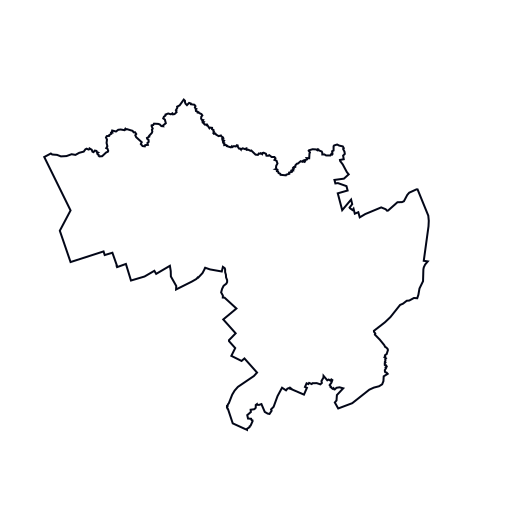 the district of De Wolden, Drenthe, Netherlands, rotated 159°
{"feature_id": "6326949B49446326038856", "entity_name": "De Wolden", "entity_type": "district", "adm_level": 2, "iso_a3": "NLD", "parent_name": "Netherlands", "parent_adm1": "Drenthe", "projection": "orthographic", "projection_center": [6.374, 52.706], "detail": "fine", "context": "isolated", "style": "outline", "palette": "ink", "viewbox_px": 512, "rotation_deg": 159, "n_neighbors": 0, "source": "geoboundaries", "source_scale": "gbopen_adm2", "svg_char_len": 6140}
<svg xmlns="http://www.w3.org/2000/svg" viewBox="0 0 512 512"><g transform="rotate(159 256 256)"><path d="M337.7,108.1L326.7,96.9L326.3,97.9L323.4,98.5L323.1,99.2L321.8,99.6L318.4,103.0L318.2,103.8L318.9,104.3L318.9,105.8L321.7,107.1L321.2,110.6L316.7,112.2L316.1,114.4L312.7,113.6L311.3,114.0L310.6,114.5L309.6,117.0L308.2,117.4L308.3,116.7L306.5,115.9L304.0,115.8L303.7,107.3L301.6,104.7L300.0,103.7L296.9,105.9L296.9,107.4L293.6,108.9L286.1,117.5L278.9,123.7L276.1,119.8L274.2,120.9L272.7,120.9L272.1,120.2L271.4,120.8L270.5,119.3L270.8,119.1L260.9,109.4L255.7,114.7L257.2,116.2L254.4,119.0L253.1,117.7L251.9,118.5L249.9,116.5L248.8,117.0L244.8,115.5L241.9,113.1L240.0,113.9L239.7,115.8L236.6,118.3L235.9,119.9L234.0,114.4L232.4,114.6L231.2,113.0L229.9,113.8L229.2,112.8L231.1,110.6L233.5,109.1L232.9,107.1L233.3,106.9L232.1,104.6L231.0,104.9L230.9,103.6L230.4,103.2L228.1,104.1L225.1,103.5L222.0,101.2L230.3,97.2L232.6,92.3L234.9,91.0L233.9,84.2L218.9,84.1L198.1,90.6L193.1,90.9L187.8,90.3L184.2,91.0L181.9,93.5L179.9,97.9L175.3,98.8L175.9,100.4L177.0,101.2L177.0,102.1L176.6,103.3L174.7,104.8L174.9,105.6L173.6,105.9L173.7,107.3L174.8,108.1L174.4,109.4L173.3,110.2L173.7,110.9L172.7,111.9L172.4,113.2L171.3,113.9L172.3,115.4L171.4,115.9L171.5,116.5L170.8,117.3L169.2,117.6L166.6,120.8L166.4,121.9L167.1,123.8L168.0,124.8L168.2,126.8L170.4,133.5L173.2,140.0L172.4,140.9L173.0,143.0L172.7,143.9L159.4,147.9L152.4,150.8L139.0,158.7L135.9,158.8L131.3,160.2L128.9,159.5L123.6,160.2L120.6,158.8L118.3,161.6L115.0,167.1L109.1,172.6L104.5,183.6L103.4,185.3L101.2,187.4L97.6,189.4L101.1,191.4L84.3,221.9L82.1,226.9L80.7,231.9L81.3,260.3L82.3,260.7L90.3,260.2L92.9,258.8L98.3,254.1L100.4,254.0L104.7,255.5L116.4,251.1L117.4,251.3L118.2,253.2L121.7,256.5L139.0,256.0L145.3,254.9L144.8,260.2L148.6,260.1L148.0,265.2L149.4,264.3L151.2,267.0L151.3,267.7L147.6,269.9L147.0,274.6L159.1,267.9L157.2,285.2L147.0,284.3L146.5,288.8L153.4,294.7L155.9,295.3L155.5,298.9L146.2,296.7L140.2,299.0L141.1,301.7L142.2,310.4L143.4,314.6L143.2,315.6L139.4,314.9L138.7,318.5L136.5,319.5L136.0,321.7L136.3,324.7L135.4,325.2L135.7,327.2L138.8,329.3L140.3,331.0L143.4,331.2L144.2,330.7L145.8,326.7L147.4,326.5L148.0,323.8L148.7,323.4L149.2,324.2L150.6,323.2L154.6,324.8L155.7,326.3L157.7,327.0L157.1,328.8L157.2,330.0L159.6,332.2L159.5,333.0L159.9,333.5L160.9,332.8L161.6,333.9L164.9,335.4L168.7,335.7L169.1,335.4L168.5,333.4L169.4,332.4L171.3,328.2L173.5,329.2L173.3,328.3L173.6,327.9L176.4,328.1L176.0,327.1L176.9,326.4L178.3,327.8L178.8,327.3L180.3,328.5L183.7,327.3L184.8,327.5L186.8,326.5L187.4,325.1L188.8,325.5L189.7,325.1L189.4,323.9L190.5,323.8L190.6,322.6L191.5,322.9L191.4,322.4L191.8,322.1L192.6,322.5L192.7,321.7L195.2,322.0L195.5,320.8L198.5,321.1L199.2,320.6L204.0,323.0L203.9,324.1L205.2,325.3L205.1,326.9L206.0,327.6L205.1,328.8L206.6,330.0L205.7,330.0L205.6,331.5L204.7,333.1L202.8,334.7L202.7,337.6L204.3,339.1L202.8,340.3L203.3,341.8L205.9,342.8L207.5,345.4L208.7,345.2L210.3,345.9L210.1,347.9L211.9,349.7L212.8,349.8L213.7,348.8L214.7,350.3L215.6,350.0L216.6,350.7L218.0,349.7L220.1,350.8L222.6,356.2L223.5,356.2L225.0,357.9L226.8,358.5L227.0,359.3L226.4,359.2L226.3,359.9L228.2,359.9L229.8,361.3L230.9,361.0L231.7,361.5L232.0,360.9L232.5,362.0L233.4,362.4L233.8,364.4L233.5,365.8L234.2,366.3L235.6,365.5L237.3,366.5L239.1,366.2L239.3,367.1L240.6,366.5L243.8,369.0L243.5,369.4L244.5,370.6L245.9,370.9L245.2,372.6L245.9,372.9L246.0,373.9L244.4,375.1L245.2,376.2L245.7,376.0L245.6,377.5L245.2,378.1L244.3,377.9L244.3,378.5L245.5,380.2L245.6,381.1L247.9,381.3L249.8,383.7L250.0,384.9L251.5,385.1L251.8,386.0L250.7,387.0L251.0,387.9L250.5,388.7L251.6,390.2L251.1,391.4L252.8,392.3L253.7,391.9L254.6,396.1L255.3,395.9L255.5,396.7L256.7,397.0L257.5,399.0L256.8,399.6L257.9,400.0L257.8,400.7L256.6,401.8L257.8,402.5L258.0,403.9L257.2,405.6L255.7,406.5L256.1,408.1L257.9,409.9L258.1,410.8L259.1,410.9L259.0,411.9L260.1,412.9L259.7,414.5L259.1,414.7L259.6,415.3L259.8,416.7L258.8,417.6L259.3,419.3L262.4,421.0L262.2,421.7L263.6,422.9L266.4,421.6L267.2,423.5L267.2,425.1L266.7,426.3L267.4,427.9L273.3,424.0L276.1,423.7L276.3,422.6L278.5,420.8L278.2,420.1L278.8,419.4L278.7,418.7L281.2,417.7L282.8,418.0L282.9,419.1L284.7,418.8L286.9,420.5L289.8,420.5L290.1,419.6L292.1,419.0L293.3,417.7L292.2,416.0L292.6,412.3L296.2,411.1L296.2,410.4L297.8,411.2L298.7,413.3L300.0,414.4L303.8,416.1L305.0,415.1L306.6,415.4L306.9,414.8L306.8,411.9L307.9,411.2L308.2,409.3L309.2,408.2L312.7,406.5L312.8,405.7L315.5,405.3L315.6,404.5L314.7,402.9L315.3,401.0L316.9,400.4L317.1,398.5L319.7,399.2L320.5,398.2L322.5,399.3L323.4,401.8L321.9,403.2L325.3,409.9L325.4,412.0L324.1,412.8L324.6,414.9L325.9,415.3L326.4,417.1L331.2,420.8L332.1,420.7L332.4,421.6L333.7,420.6L337.0,422.6L339.4,423.2L342.1,422.4L345.3,424.7L346.0,423.7L345.9,422.7L347.1,423.0L347.2,422.0L349.9,421.4L350.1,420.8L352.4,421.4L353.6,420.4L353.4,418.1L355.0,415.1L355.4,411.8L357.1,410.4L356.2,409.6L356.3,407.1L357.0,406.4L358.7,406.4L363.9,404.3L366.5,405.1L367.0,406.1L366.7,407.0L367.5,408.1L367.3,409.4L366.6,409.4L367.4,410.3L367.3,411.3L368.7,412.2L370.5,411.2L371.3,412.0L371.3,414.1L372.8,416.0L373.2,415.4L374.2,415.4L375.7,416.9L377.1,416.7L379.4,415.2L384.1,415.7L388.3,415.1L391.7,417.1L397.1,417.2L402.4,418.9L405.5,421.7L409.9,423.8L410.8,425.2L418.2,424.3L412.8,365.0L430.1,349.9L431.3,316.8L396.7,314.9L396.9,311.1L388.9,310.5L389.3,296.4L389.7,296.4L389.7,295.4L380.3,295.2L381.5,277.9L367.4,276.8L356.2,278.6L355.6,275.1L339.9,277.7L341.0,272.5L342.8,267.4L341.2,256.6L342.6,253.4L325.1,255.1L319.9,255.9L318.0,256.9L317.7,256.5L312.1,259.2L307.9,262.9L308.3,263.8L303.8,260.0L293.5,253.8L290.8,257.7L289.6,255.9L289.6,254.7L290.6,252.0L290.8,249.3L291.6,246.8L291.6,243.8L292.3,242.0L293.6,240.8L296.9,239.8L299.4,237.5L301.6,234.5L301.1,230.9L301.9,229.1L300.3,228.4L293.1,214.0L309.3,208.5L302.7,191.1L311.4,187.1L311.7,186.1L308.4,177.5L314.8,171.6L307.1,163.2L303.5,164.5L296.8,146.8L301.0,144.7L319.8,140.3L324.2,138.0L327.9,135.1L334.2,128.2L335.5,127.5L336.4,125.9L336.9,126.2L337.4,125.0L337.3,123.5L337.0,123.2L337.7,108.1Z" fill="none" stroke="#020617" stroke-width="2"/></g></svg>